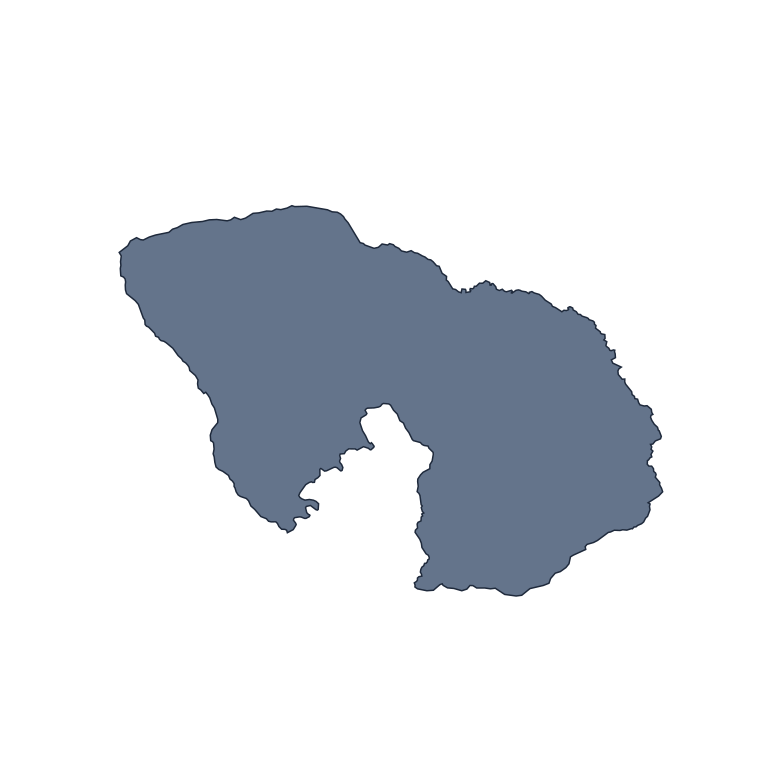 the district of Mapoteng, Berea, Lesotho, rotated 129°
{"feature_id": "5366337B76101580531091", "entity_name": "Mapoteng", "entity_type": "district", "adm_level": 2, "iso_a3": "LSO", "parent_name": "Lesotho", "parent_adm1": "Berea", "projection": "robinson", "projection_center": [27.99, -29.125], "detail": "fine", "context": "isolated", "style": "filled", "palette": "slate", "viewbox_px": 768, "rotation_deg": 129, "n_neighbors": 0, "source": "geoboundaries", "source_scale": "gbopen_adm2", "svg_char_len": 6161}
<svg xmlns="http://www.w3.org/2000/svg" viewBox="0 0 768 768"><g transform="rotate(129 384 384)"><path d="M448.4,672.6L449.8,668.8L454.8,665.7L457.4,663.1L460.2,661.6L465.6,656.6L464.8,653.7L465.3,651.3L467.3,649.0L469.9,647.4L473.6,644.1L475.8,640.9L475.8,629.8L476.7,625.0L484.2,612.6L484.8,610.2L488.1,607.1L488.5,605.0L487.9,602.8L488.9,594.2L490.6,591.6L489.6,588.6L490.5,586.7L490.6,584.6L489.3,581.9L489.0,579.1L489.1,570.6L491.5,561.9L491.8,557.2L492.8,554.6L492.4,551.4L492.9,548.2L493.7,545.9L495.8,543.4L496.1,535.9L497.9,531.1L501.2,529.0L504.1,525.7L503.9,522.7L504.8,518.1L502.6,517.3L503.3,514.1L504.4,510.7L507.9,505.1L509.3,500.8L516.1,490.9L518.7,488.9L527.7,488.9L533.1,486.8L537.1,483.0L536.7,481.0L537.1,479.4L541.5,475.1L545.8,472.8L547.5,470.1L551.2,466.3L554.2,462.3L554.4,458.6L553.3,454.3L552.9,447.3L554.8,443.9L554.8,440.7L555.7,437.8L558.0,436.0L558.6,434.3L560.8,431.1L562.0,427.6L561.8,425.0L559.6,418.9L560.0,415.7L562.6,410.7L562.8,405.6L564.5,396.3L562.7,390.6L563.3,387.4L562.2,385.0L559.2,381.4L559.4,379.1L560.9,375.9L561.3,372.2L559.3,369.5L558.9,367.6L560.4,365.5L554.3,362.9L549.7,363.5L548.5,363.8L547.8,364.9L546.8,368.7L545.3,369.4L544.1,369.3L540.5,366.1L539.5,364.6L538.4,361.1L537.6,360.1L534.2,358.6L532.7,358.9L532.5,359.4L532.9,360.5L532.6,363.1L529.5,367.1L528.0,367.3L524.7,364.7L524.5,357.7L523.9,356.4L522.9,356.2L518.2,359.5L518.0,363.0L518.7,365.7L520.7,369.3L524.0,372.4L524.9,375.4L525.1,377.9L524.3,380.1L521.3,380.9L511.5,381.5L507.5,380.1L505.7,378.9L505.5,377.6L504.2,376.2L501.6,377.5L498.4,376.4L495.4,376.2L490.8,380.1L489.6,380.1L489.3,379.6L489.1,375.4L487.6,374.0L480.3,370.5L479.2,369.4L478.6,367.8L478.8,363.1L478.3,362.5L477.5,362.2L474.8,363.4L473.2,366.4L472.8,368.7L471.9,370.0L469.2,370.9L467.5,373.4L466.0,374.0L463.1,371.0L460.2,371.5L456.6,370.6L452.6,365.5L452.3,363.3L445.6,360.5L443.8,355.7L443.8,353.3L443.3,352.7L439.7,352.1L438.6,352.5L437.7,355.7L437.6,356.9L438.9,357.0L439.1,357.8L438.8,359.8L435.8,365.8L433.8,371.3L429.2,378.5L424.8,380.5L419.2,378.5L417.7,378.7L416.3,382.2L414.5,382.2L413.2,381.7L408.8,376.7L405.3,373.7L403.5,372.8L400.8,372.8L399.5,372.2L396.5,367.8L396.3,365.6L398.4,360.0L399.0,354.7L402.5,348.6L402.1,344.3L404.7,339.5L406.1,334.0L409.3,327.2L409.5,325.5L406.6,318.9L407.0,316.2L406.5,314.1L404.5,310.7L405.6,308.7L406.2,302.8L407.7,301.4L413.6,298.1L417.7,297.6L421.0,295.1L428.0,298.1L431.7,298.4L436.6,297.9L438.7,296.4L442.0,293.0L446.8,290.5L447.0,288.0L448.1,285.8L454.4,279.2L454.7,277.5L456.6,277.3L458.9,274.0L459.2,271.9L461.3,272.8L462.2,271.0L464.0,271.3L467.1,269.1L470.1,270.5L472.0,270.1L474.8,267.3L477.8,267.6L479.7,266.5L482.1,258.5L484.2,254.8L487.2,251.6L489.5,244.5L489.2,241.7L490.3,239.7L491.6,238.8L493.1,239.3L495.0,238.4L496.9,238.5L497.9,239.6L500.3,238.7L502.5,239.3L504.9,238.7L507.3,237.4L508.1,235.3L509.5,233.7L511.8,235.6L513.7,235.9L515.4,234.6L517.0,234.5L519.5,235.3L520.6,233.4L522.3,232.2L522.1,229.0L517.7,220.6L513.2,215.8L504.8,214.3L502.6,213.0L503.3,211.4L502.5,206.4L498.9,201.0L495.7,193.4L491.2,190.5L486.5,190.4L484.7,188.0L484.2,183.6L479.1,177.3L476.2,172.4L472.7,169.0L471.6,157.8L465.6,147.9L461.5,144.0L451.1,141.8L440.3,133.4L435.0,130.4L430.3,132.1L423.3,131.9L418.8,128.9L412.2,127.1L407.3,127.1L401.0,130.3L397.9,129.2L385.6,123.1L383.8,125.3L380.9,125.3L375.3,121.4L371.2,119.6L358.2,116.3L356.4,114.8L352.7,113.0L349.3,108.4L347.1,106.8L344.7,103.3L340.7,100.7L340.2,99.8L337.8,99.7L336.3,98.2L334.3,97.9L330.5,95.9L327.8,95.4L323.6,96.3L321.0,95.9L314.4,98.1L312.0,100.7L309.8,101.7L310.1,104.0L298.3,100.1L292.4,99.6L290.4,102.7L288.9,106.4L287.0,107.7L285.7,114.5L283.2,115.5L282.3,116.9L282.2,119.4L280.2,121.3L279.4,124.3L281.1,126.4L280.7,128.9L277.7,131.1L276.6,130.6L273.9,130.8L272.1,130.0L270.7,132.2L266.9,132.8L266.7,135.4L264.4,136.3L263.2,138.9L261.5,137.3L257.5,137.3L252.6,134.6L250.2,135.5L247.2,140.7L247.3,141.7L245.5,144.2L245.2,148.6L243.7,153.1L242.1,155.9L240.3,156.8L238.4,155.9L237.6,158.0L235.4,160.4L235.3,165.9L237.4,168.0L239.1,171.9L238.3,174.3L236.2,177.4L237.5,179.9L236.0,181.6L236.1,184.5L234.1,186.7L232.1,196.0L231.0,198.1L228.6,200.0L230.4,201.9L229.2,207.9L226.6,210.5L224.3,211.0L221.5,210.2L223.8,219.3L222.2,222.5L217.9,220.7L215.1,223.3L213.8,225.2L212.5,225.9L213.1,227.1L215.2,228.5L215.7,229.7L214.7,231.8L214.8,234.8L214.4,235.8L210.9,237.5L211.4,240.9L209.4,240.9L206.6,243.5L208.2,246.6L208.1,247.9L207.3,248.8L207.5,254.7L205.1,256.1L205.1,258.0L203.6,259.4L203.5,261.3L205.0,265.2L204.5,266.4L204.8,268.2L206.6,272.7L206.4,275.1L207.7,277.0L206.8,280.1L207.4,283.6L206.2,285.2L206.7,287.6L207.1,288.3L208.9,289.1L209.3,288.9L209.6,287.6L210.3,287.5L212.1,288.4L213.5,290.6L215.9,291.2L216.7,298.8L217.7,302.0L216.6,304.3L217.4,311.4L216.6,316.9L216.7,319.8L218.7,324.5L219.1,327.2L221.2,328.7L221.9,328.1L222.6,328.3L223.1,331.8L225.2,335.4L225.5,337.1L226.3,338.8L228.2,340.4L232.8,341.7L233.0,342.4L231.2,342.7L230.9,343.8L235.3,346.9L236.1,348.7L235.9,351.7L238.8,353.3L239.6,356.3L238.1,358.3L237.4,362.4L237.9,363.2L238.8,363.4L239.6,362.9L240.4,363.7L238.6,365.8L239.7,369.9L243.6,370.7L245.6,373.3L250.0,373.8L251.2,375.3L252.7,374.7L254.1,374.9L255.5,377.0L256.9,376.4L256.9,375.3L258.0,375.0L261.3,377.9L259.6,379.4L259.2,380.3L261.1,383.2L264.5,381.5L265.5,384.1L265.5,387.8L266.8,390.5L264.0,398.6L264.0,401.0L261.0,403.1L261.4,408.5L257.8,415.2L259.0,417.6L258.1,422.7L258.1,425.8L259.5,428.3L259.5,432.0L260.4,435.0L261.2,440.1L262.8,442.9L263.3,446.8L267.3,449.3L269.6,454.2L269.2,457.9L270.2,461.9L269.9,464.4L271.4,468.0L273.7,468.6L276.4,473.6L281.3,474.4L284.8,477.1L288.0,486.2L287.8,488.4L289.2,491.5L281.3,513.3L280.4,518.3L279.4,520.8L279.2,524.7L279.9,528.4L282.8,532.6L284.2,537.6L294.4,555.8L302.3,565.0L303.4,567.8L308.2,570.0L313.4,573.9L315.8,577.8L320.3,579.8L323.4,584.0L329.8,589.0L333.8,593.2L342.2,596.0L346.4,598.8L348.6,605.2L352.9,606.4L355.9,608.6L361.4,617.5L366.4,623.1L371.9,627.3L379.5,635.1L386.6,640.7L392.5,643.0L396.8,645.8L401.5,646.6L412.0,655.3L417.5,658.9L423.6,661.7L425.1,664.2L426.0,668.4L432.5,671.1L437.8,670.1L448.4,672.6Z" fill="#64748b" stroke="#1e293b" stroke-width="1.5"/></g></svg>